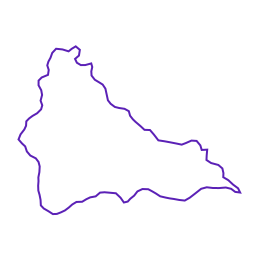 Goiabeira, Minas Gerais, Brazil, rotated 268°
{"feature_id": "56859067B98239132971744", "entity_name": "Goiabeira", "entity_type": "district", "adm_level": 2, "iso_a3": "BRA", "parent_name": "Brazil", "parent_adm1": "Minas Gerais", "projection": "albers", "projection_center": [-41.236, -19.04], "detail": "fine", "context": "isolated", "style": "outline", "palette": "violet", "viewbox_px": 256, "rotation_deg": 268, "n_neighbors": 0, "source": "geoboundaries", "source_scale": "gbopen_adm2", "svg_char_len": 1655}
<svg xmlns="http://www.w3.org/2000/svg" viewBox="0 0 256 256"><g transform="rotate(268 128 128)"><path d="M59.6,237.8L63.9,235.9L67.8,231.0L72.3,226.5L75.5,221.5L79.6,221.8L84.3,220.9L87.9,217.0L90.1,209.8L93.3,205.3L98.0,205.7L103.6,206.4L103.5,200.9L108.1,199.7L112.7,196.1L113.2,191.0L110.9,185.2L109.5,181.1L110.7,176.2L112.1,170.2L113.5,163.8L114.6,157.9L120.6,153.6L125.2,149.9L125.6,144.4L129.3,140.7L133.8,135.8L136.5,133.2L140.2,130.5L144.8,129.4L147.3,125.2L148.3,119.8L149.5,115.6L152.8,111.5L156.4,108.9L161.4,108.0L168.1,106.8L172.3,104.2L174.6,100.8L177.4,96.5L181.7,93.4L185.9,93.3L190.2,94.4L193.8,93.5L192.4,87.5L192.5,83.1L195.0,79.2L198.9,77.5L202.1,81.5L207.8,82.6L211.4,78.6L209.1,74.5L206.7,71.3L208.8,65.3L209.7,58.9L205.7,54.9L200.9,53.0L197.2,50.8L193.4,49.5L188.8,50.8L183.9,49.9L181.5,43.5L178.5,40.3L173.8,40.1L168.8,42.6L164.0,43.3L158.4,41.6L153.7,43.1L149.7,41.8L145.9,37.7L143.4,33.0L141.0,29.5L138.2,26.6L133.8,26.2L130.1,24.3L125.4,20.4L120.4,18.2L116.3,21.5L113.2,24.6L108.1,26.1L103.9,29.4L100.9,34.8L97.2,37.4L92.7,38.4L87.0,37.9L81.8,36.7L77.9,36.7L73.5,36.2L68.6,36.2L64.2,37.3L59.2,38.1L53.7,38.2L50.5,41.0L47.6,45.6L44.6,49.9L44.6,53.9L46.0,57.9L47.8,62.1L50.6,66.1L53.5,69.6L55.9,73.9L55.9,79.6L58.3,83.9L60.0,87.8L60.8,93.3L64.4,97.8L64.6,102.3L63.9,108.0L63.2,113.6L58.6,118.1L53.7,121.3L54.5,125.2L57.2,127.8L60.2,131.8L64.3,135.2L66.5,140.3L66.1,146.1L63.9,149.9L61.7,153.4L58.6,157.8L57.1,163.4L56.2,167.2L55.5,171.2L54.3,176.7L53.5,182.2L56.2,187.3L60.0,192.6L64.7,199.0L66.0,204.6L65.1,210.6L64.8,216.9L65.1,223.7L63.6,229.0L60.4,232.9L59.6,237.8Z" fill="none" stroke="#5b21b6" stroke-width="2"/></g></svg>